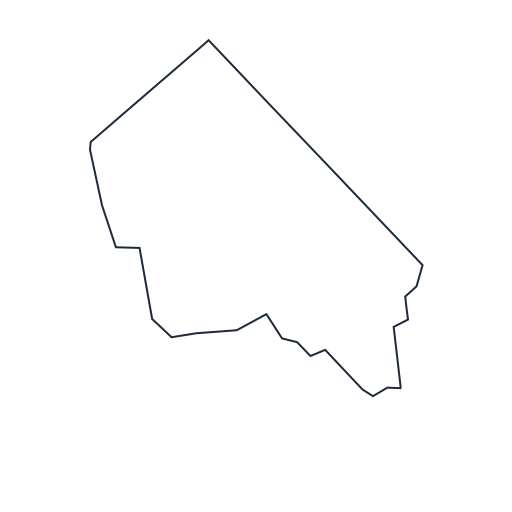 Lackawanna, Pennsylvania, United States of America (orthographic projection), rotated 319°
{"feature_id": "52423323B11679066299223", "entity_name": "Lackawanna", "entity_type": "district", "adm_level": 2, "iso_a3": "USA", "parent_name": "United States of America", "parent_adm1": "Pennsylvania", "projection": "orthographic", "projection_center": [-75.639, 41.402], "detail": "fine", "context": "isolated", "style": "outline", "palette": "slate", "viewbox_px": 512, "rotation_deg": 319, "n_neighbors": 0, "source": "geoboundaries", "source_scale": "gbopen_adm2", "svg_char_len": 533}
<svg xmlns="http://www.w3.org/2000/svg" viewBox="0 0 512 512"><g transform="rotate(319 256 256)"><path d="M136.3,235.4L139.0,261.9L160.2,275.1L192.8,299.4L225.7,306.7L221.6,335.3L230.5,348.0L231.5,367.2L246.6,372.2L248.8,426.7L252.3,438.5L268.7,441.5L278.3,450.5L279.6,449.2L313.4,399.8L329.0,403.7L336.2,392.9L342.0,384.5L357.3,384.2L375.7,372.2L369.7,236.7L365.6,149.3L361.8,62.0L357.7,62.1L247.1,61.6L206.1,61.5L200.5,66.8L173.1,116.6L156.0,157.5L173.4,173.5L136.3,235.4Z" fill="none" stroke="#1e293b" stroke-width="2"/></g></svg>